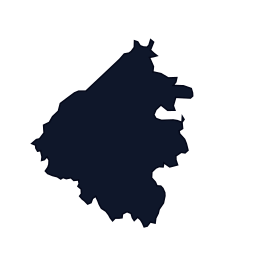 outline of Tapera, Rio Grande do Sul, Brazil, rotated 302°
{"feature_id": "56859067B74409680432324", "entity_name": "Tapera", "entity_type": "district", "adm_level": 2, "iso_a3": "BRA", "parent_name": "Brazil", "parent_adm1": "Rio Grande do Sul", "projection": "mercator", "projection_center": [-52.864, -28.665], "detail": "fine", "context": "isolated", "style": "filled", "palette": "ink", "viewbox_px": 256, "rotation_deg": 302, "n_neighbors": 0, "source": "geoboundaries", "source_scale": "gbopen_adm2", "svg_char_len": 1776}
<svg xmlns="http://www.w3.org/2000/svg" viewBox="0 0 256 256"><g transform="rotate(302 128 128)"><path d="M161.4,170.8L160.4,165.9L158.8,162.1L152.2,152.3L150.9,146.7L152.9,142.9L158.4,142.0L165.0,143.7L164.0,152.2L167.9,158.4L170.9,154.6L179.3,152.2L186.5,165.1L189.4,165.9L192.0,164.1L195.0,160.7L193.2,152.7L188.0,143.7L192.4,144.2L196.6,142.7L191.8,135.6L191.6,127.2L188.8,119.3L193.6,117.0L199.2,108.8L202.0,111.8L204.7,114.3L205.1,110.3L206.0,105.7L214.4,104.2L214.9,100.4L209.3,101.9L206.6,101.3L204.9,98.2L204.2,94.7L206.2,90.6L205.4,87.3L199.8,90.6L194.6,90.2L192.0,89.1L188.8,85.6L181.9,84.5L161.6,79.2L136.9,72.7L133.1,66.6L129.4,64.0L123.1,61.5L113.0,57.6L105.4,60.0L97.7,58.0L91.1,58.3L85.7,54.9L79.4,59.4L71.9,58.7L69.6,56.4L63.8,54.6L64.5,58.7L62.1,60.5L60.4,63.6L62.5,65.9L58.0,70.4L54.7,71.9L56.8,73.8L60.7,74.6L58.9,78.1L55.2,80.2L52.1,80.9L47.7,80.7L46.8,84.0L47.7,89.2L49.2,93.9L49.1,98.0L51.6,99.1L52.3,102.5L55.6,106.0L54.8,109.8L57.7,113.6L54.7,116.2L52.0,116.4L51.4,120.7L47.5,123.4L44.6,123.1L43.5,126.6L43.2,129.7L42.1,134.1L45.1,136.2L49.4,135.3L53.0,136.8L50.4,140.9L47.9,144.2L45.8,148.0L45.7,153.4L44.1,157.7L42.4,160.6L41.1,164.1L44.8,164.9L46.7,168.0L48.7,170.5L52.1,168.9L56.5,171.5L57.2,175.9L54.2,179.3L52.8,182.3L57.5,183.5L56.8,187.3L55.1,190.6L52.7,194.1L55.0,196.3L60.1,196.7L61.7,201.4L66.3,199.3L71.7,198.8L75.5,197.5L83.2,197.8L90.0,195.3L92.7,193.4L95.3,189.6L96.1,186.6L94.3,183.2L96.6,179.9L98.2,174.4L103.4,171.5L108.7,172.8L111.7,174.8L113.6,178.4L117.5,176.8L117.1,184.0L123.0,189.6L126.3,185.6L129.6,183.4L135.6,186.0L137.1,189.6L140.9,190.7L145.7,185.7L148.4,182.0L150.5,174.8L152.7,172.8L156.5,174.6L161.4,170.8ZM161.4,170.8L165.0,171.0L166.5,168.0L161.4,170.8Z" fill="#0f172a" stroke="#020617" stroke-width="1.5"/></g></svg>